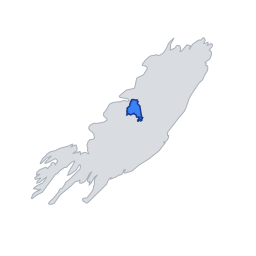 Eyjafjarðarsveit, Norðurland eystra, Iceland shown in context, rotated 317°
{"feature_id": "244011B64056494481770", "entity_name": "Eyjafjarðarsveit", "entity_type": "district", "adm_level": 2, "iso_a3": "ISL", "parent_name": "Iceland", "parent_adm1": "Norðurland eystra", "projection": "equal_earth", "projection_center": [-18.286, 65.228], "detail": "fine", "context": "in_parent", "style": "filled", "palette": "blue", "viewbox_px": 256, "rotation_deg": 317, "n_neighbors": 0, "source": "geoboundaries", "source_scale": "gbopen_adm2", "svg_char_len": 6147}
<svg xmlns="http://www.w3.org/2000/svg" viewBox="0 0 256 256"><g transform="rotate(317 128 128)"><path d="M202.8,97.0L205.2,97.1L209.3,96.3L215.0,94.0L217.5,93.5L223.1,93.5L216.3,95.7L213.9,98.2L212.0,99.5L212.1,100.0L216.9,101.5L219.2,101.0L220.2,101.2L221.1,101.9L221.8,103.4L221.5,104.8L220.1,106.3L218.3,107.6L218.6,108.0L220.1,108.2L228.0,107.4L228.9,109.3L229.7,109.9L229.5,110.5L226.4,112.5L230.1,111.3L233.0,110.9L238.0,111.5L240.1,112.2L241.4,113.5L243.8,113.1L245.0,113.8L245.1,114.6L244.1,116.7L241.1,117.8L243.0,119.3L244.5,119.4L244.8,119.7L244.6,120.6L242.4,121.7L246.2,122.9L246.7,123.3L246.5,124.7L245.9,125.5L244.8,125.9L242.1,126.0L240.4,126.5L241.0,127.4L240.6,129.7L238.5,131.6L236.5,132.6L234.5,133.3L229.0,132.6L229.3,134.2L227.4,135.2L227.8,136.1L228.5,136.5L228.2,137.6L225.8,139.9L224.0,140.6L220.5,141.5L215.5,143.6L210.3,143.6L197.7,146.6L192.7,148.2L183.8,153.0L180.0,154.3L173.6,154.9L154.1,158.1L151.9,160.0L151.8,160.5L152.6,161.2L151.2,162.6L148.2,163.6L146.8,163.6L144.4,162.7L144.1,163.1L145.1,164.2L135.5,165.8L122.3,164.9L110.6,162.6L101.3,162.1L94.8,158.8L94.6,158.2L95.3,157.2L97.7,156.8L96.6,155.8L92.6,157.6L91.3,157.5L89.7,156.8L89.6,156.1L86.3,155.8L80.7,153.7L80.3,153.3L81.7,152.6L81.4,152.4L78.3,152.6L73.8,154.5L47.2,155.2L46.3,154.2L45.3,150.5L46.3,148.9L47.4,149.0L50.5,151.2L57.6,150.0L60.5,149.2L63.3,147.1L64.8,146.5L67.1,143.9L69.3,142.3L73.8,141.5L69.8,141.1L63.1,143.2L60.8,143.2L61.9,142.3L64.2,141.2L62.6,141.2L62.1,140.7L62.0,139.7L63.2,138.2L71.2,135.5L69.4,134.9L63.9,137.0L59.8,137.8L56.6,136.8L55.1,135.5L55.3,135.0L57.2,133.3L56.9,133.0L55.6,132.8L52.2,131.3L46.6,131.5L33.0,130.6L22.5,132.7L20.1,131.7L18.2,129.7L18.6,128.9L20.4,128.4L25.5,128.5L33.0,127.5L36.4,126.3L37.7,126.6L38.3,127.2L42.9,126.3L45.4,125.2L49.5,125.7L65.0,125.2L67.0,123.8L67.9,122.1L67.5,121.8L61.8,123.3L60.5,123.3L54.0,122.5L51.6,121.6L52.5,120.9L56.0,119.3L64.9,116.7L66.2,116.2L66.3,115.6L62.9,114.5L56.2,114.8L54.6,113.5L49.1,112.7L45.4,113.2L43.5,112.4L21.6,116.5L14.7,114.6L9.7,114.3L9.3,113.7L12.3,111.9L14.3,111.6L16.3,111.7L20.1,113.0L22.7,113.4L19.5,111.5L19.4,109.7L18.4,109.3L17.5,108.1L17.9,107.7L21.9,108.0L28.1,110.0L31.3,109.6L35.4,108.3L26.3,107.6L23.6,106.0L25.7,105.1L30.3,105.2L25.3,102.5L25.1,102.0L26.0,100.8L32.5,101.8L29.1,100.2L29.0,99.8L30.0,99.5L30.6,98.5L32.3,98.1L35.5,98.5L40.6,100.4L41.3,100.9L41.4,102.8L43.4,102.5L45.8,102.8L47.8,101.5L49.2,101.8L50.2,103.0L50.0,105.5L51.4,104.6L53.8,104.6L54.3,102.5L53.9,100.8L46.2,98.8L43.2,97.4L43.5,96.9L45.1,96.5L53.2,96.1L49.8,95.3L48.9,94.5L42.8,94.8L39.7,94.5L39.6,94.0L40.9,93.4L44.7,92.1L51.8,92.0L54.6,92.3L60.0,95.2L64.4,96.4L71.6,100.3L76.3,101.8L76.5,102.2L75.7,102.6L73.8,103.2L76.6,103.9L78.3,104.9L78.4,105.3L76.7,108.5L74.9,109.6L70.6,109.0L71.6,110.0L74.7,111.1L75.4,111.7L74.9,112.3L76.4,112.1L76.9,112.4L76.1,114.3L75.3,114.9L77.9,115.3L79.7,116.2L81.7,119.9L83.0,117.1L83.6,116.0L84.7,115.6L86.1,112.7L89.0,111.0L91.8,110.4L94.6,112.4L96.6,112.6L98.8,109.1L99.1,106.5L98.5,103.6L98.9,101.6L100.4,100.4L102.2,100.1L106.1,101.2L109.3,104.1L114.2,107.1L117.6,107.9L118.2,107.8L118.8,106.8L118.4,102.8L120.0,100.6L124.0,100.1L130.2,98.1L131.6,98.1L134.6,99.2L140.0,103.2L143.9,105.1L145.9,108.1L146.8,108.7L147.6,107.8L147.7,106.4L143.0,100.2L143.0,99.4L143.4,98.7L151.8,99.0L153.7,99.7L159.6,103.3L162.4,101.8L168.1,97.6L170.0,97.8L174.9,99.5L176.8,99.3L182.5,97.8L183.7,95.9L181.2,91.9L182.2,91.1L187.4,90.2L193.1,90.4L199.0,94.0L199.3,95.7L202.8,97.0Z" fill="#d9dde1" stroke="#a8b0b8" stroke-width="1"/><path d="M140.0,129.9L140.3,129.9L140.4,130.0L140.5,130.0L140.8,130.0L141.0,130.0L141.3,130.0L141.5,130.0L141.8,130.2L142.0,130.2L142.3,130.2L142.3,130.3L142.5,130.3L142.8,130.4L142.9,130.5L143.0,130.7L143.0,130.8L143.0,131.0L142.9,131.0L142.7,131.1L142.5,131.3L142.4,131.3L142.4,131.5L142.2,131.6L142.3,131.7L142.3,131.8L142.2,131.8L142.3,131.8L142.5,131.8L142.8,131.8L143.3,131.8L143.3,131.7L143.5,131.6L143.7,131.4L143.8,131.3L143.9,131.2L144.0,131.0L144.3,131.1L144.7,130.9L144.8,130.8L144.9,130.7L145.0,130.6L145.1,130.4L145.3,130.4L145.2,130.3L145.2,130.2L145.3,130.0L145.3,129.9L145.2,129.9L145.3,129.7L145.2,129.7L145.3,129.7L145.2,129.5L145.3,129.4L145.2,129.4L145.3,129.3L145.2,129.2L145.1,128.9L145.4,128.7L145.5,128.7L145.8,128.6L146.0,128.6L146.0,128.4L151.1,120.8L151.4,120.3L151.7,119.9L151.5,117.6L151.7,116.3L153.3,115.7L153.2,115.1L153.1,114.8L153.2,114.6L153.3,114.6L153.3,114.4L153.3,113.8L153.7,113.7L152.0,112.0L151.8,111.8L151.5,111.3L151.4,110.8L150.1,109.9L149.9,109.9L149.5,110.0L149.3,110.0L149.2,110.1L148.9,110.2L148.7,110.3L148.8,110.3L149.0,110.4L148.9,110.5L148.7,110.5L148.8,110.6L148.7,110.7L148.7,110.8L148.0,111.0L146.7,111.3L145.7,111.7L145.3,112.1L145.2,112.2L145.1,112.3L145.1,112.5L144.8,112.7L144.6,112.8L144.2,113.0L143.9,113.0L143.5,113.0L142.9,113.0L142.5,113.0L142.0,112.9L141.9,112.9L141.6,112.9L141.3,112.9L141.1,112.9L141.0,113.0L140.8,113.2L140.7,113.2L140.7,113.3L140.4,113.4L140.4,113.5L140.3,113.8L140.2,113.9L140.2,114.0L139.7,114.3L139.2,114.5L138.9,114.7L138.9,114.8L138.6,115.1L138.3,115.3L138.3,115.5L138.7,115.8L138.5,116.0L138.4,116.0L137.8,116.1L137.7,116.2L137.4,116.3L137.4,116.5L137.5,116.6L137.6,116.8L137.4,117.0L137.2,117.1L136.9,117.3L136.4,117.4L136.1,117.6L136.3,117.7L136.4,117.8L136.6,117.8L137.4,117.9L137.9,117.9L138.0,118.0L138.3,118.1L138.4,118.3L138.5,118.4L138.5,118.7L138.5,118.9L138.5,119.1L138.4,119.2L138.6,119.4L139.0,120.1L139.0,120.3L141.8,121.1L142.2,121.2L142.3,121.2L142.3,121.3L142.2,121.3L142.0,121.5L142.0,122.1L142.2,122.3L142.9,123.7L141.9,125.6L141.9,126.0L142.1,126.0L142.2,126.4L142.3,126.5L142.2,126.5L142.3,126.5L142.5,126.7L142.5,126.8L142.8,126.9L142.9,127.0L143.0,127.0L143.1,127.3L143.3,127.3L143.3,127.5L143.2,127.6L143.3,127.7L143.3,127.8L143.4,128.0L143.5,128.1L143.4,128.2L143.2,128.2L143.1,128.3L142.9,128.3L142.8,128.2L142.7,128.2L142.5,128.3L142.4,128.3L142.2,128.5L142.3,128.5L142.2,128.7L142.1,128.8L141.7,128.8L141.4,128.8L141.2,128.8L140.9,128.8L140.6,128.8L140.4,128.8L140.3,129.0L140.4,129.3L140.1,129.4L140.1,129.5L139.9,129.7L140.0,129.9Z" fill="#3b82f6" stroke="#1e3a8a" stroke-width="1.5"/></g></svg>